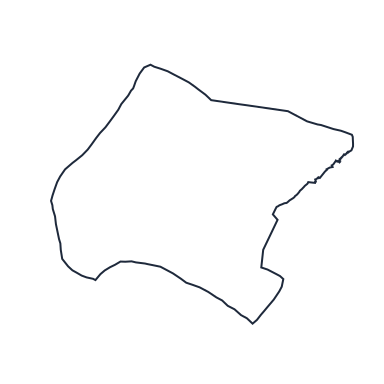 the district of Ifedore, Ondo, Nigeria, rotated 298°
{"feature_id": "59680162B99856631560735", "entity_name": "Ifedore", "entity_type": "district", "adm_level": 2, "iso_a3": "NGA", "parent_name": "Nigeria", "parent_adm1": "Ondo", "projection": "orthographic", "projection_center": [5.135, 7.355], "detail": "fine", "context": "isolated", "style": "outline", "palette": "slate", "viewbox_px": 384, "rotation_deg": 298, "n_neighbors": 0, "source": "geoboundaries", "source_scale": "gbopen_adm2", "svg_char_len": 2594}
<svg xmlns="http://www.w3.org/2000/svg" viewBox="0 0 384 384"><g transform="rotate(298 192 192)"><path d="M284.9,95.6L279.5,91.3L272.0,90.2L263.4,90.3L258.3,91.1L255.8,91.4L252.9,90.6L247.2,90.4L236.5,88.3L230.0,88.3L222.5,87.3L214.9,86.2L208.5,85.2L200.9,83.1L194.5,82.0L186.9,81.0L180.5,80.0L172.9,77.8L165.4,74.6L161.7,72.9L161.2,72.7L152.4,69.3L143.8,68.3L137.4,68.3L129.8,69.4L123.4,70.5L120.8,71.1L118.0,71.7L114.8,74.9L111.6,77.1L106.2,82.5L99.8,86.9L88.0,96.7L84.8,99.9L79.3,103.3L75.2,106.4L72.0,108.8L68.2,117.5L66.9,122.4L66.7,123.3L66.6,128.6L66.4,133.8L67.1,139.0L68.9,145.4L68.9,148.1L76.5,149.7L81.8,151.8L87.2,155.0L91.6,158.2L97.0,161.5L99.1,165.8L102.4,171.2L103.5,175.5L106.8,184.1L107.4,186.4L109.0,191.7L111.2,199.2L111.2,204.6L111.2,213.3L110.2,223.0L109.2,229.5L110.3,236.0L111.4,243.5L111.4,253.2L110.4,263.0L110.4,269.5L108.3,277.0L108.4,284.6L106.3,293.2L106.3,299.7L104.2,307.3L109.6,309.4L116.0,310.5L120.4,311.5L125.7,312.6L135.4,314.7L145.1,315.7L150.5,315.7L158.0,313.5L159.1,309.2L159.1,304.8L159.0,295.1L157.9,288.6L174.4,282.0L193.6,281.2L207.6,280.6L210.2,273.9L216.8,273.7L218.6,273.7L219.7,274.6L221.3,275.4L223.9,277.7L224.8,278.3L225.9,279.4L226.4,280.3L227.0,280.8L228.2,281.3L229.3,281.7L230.2,282.0L231.0,282.4L231.8,282.9L232.9,283.5L233.7,284.0L235.0,284.6L236.1,284.9L236.8,284.9L238.4,285.7L239.7,286.1L241.0,286.4L242.7,286.7L243.7,286.7L245.0,287.2L246.3,287.7L247.5,288.0L248.8,288.4L250.3,288.7L253.1,289.9L253.9,290.1L255.3,290.0L256.5,293.1L257.8,296.3L258.7,295.9L259.3,296.5L259.7,296.2L260.0,295.9L260.1,295.7L260.9,294.9L261.2,295.2L262.1,295.9L264.2,296.6L263.9,297.4L264.5,297.6L264.5,298.3L272.5,299.8L275.0,300.7L275.3,300.2L278.2,302.1L279.1,303.2L279.2,303.3L279.5,303.6L279.8,304.1L280.1,304.4L280.5,303.8L281.1,302.9L281.5,303.2L282.8,303.8L286.8,304.3L287.3,304.3L287.0,305.8L287.6,306.0L287.5,306.6L287.8,306.7L287.7,307.1L287.7,307.3L287.5,308.0L287.4,308.3L288.1,308.5L288.2,307.3L290.0,307.8L290.3,306.9L291.6,307.4L292.9,307.8L292.8,308.0L293.4,308.1L293.9,308.3L294.4,308.3L295.5,308.4L296.7,308.6L296.7,308.9L296.5,309.6L297.2,309.8L297.3,310.0L298.0,310.1L298.4,310.4L299.4,310.3L299.7,311.0L300.8,310.8L301.2,311.3L301.0,311.7L301.5,311.9L303.6,313.2L307.8,312.8L310.3,311.5L311.8,310.6L316.2,308.0L317.6,306.3L316.7,299.3L316.0,294.7L314.0,287.4L311.7,274.4L310.6,271.2L308.4,260.4L308.4,238.8L294.3,199.6L291.5,192.0L282.1,165.8L284.2,158.3L285.6,149.2L286.3,145.3L287.3,137.7L287.3,134.5L287.3,130.1L287.2,120.4L287.2,113.9L286.1,106.4L284.9,99.9L284.9,95.6Z" fill="none" stroke="#1e293b" stroke-width="2"/></g></svg>